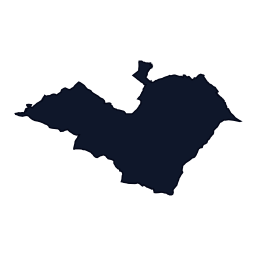 Cata, Brasov, Romania
{"feature_id": "2599482B43021810170030", "entity_name": "Cata", "entity_type": "district", "adm_level": 2, "iso_a3": "ROU", "parent_name": "Romania", "parent_adm1": "Brasov", "projection": "robinson", "projection_center": [25.249, 46.128], "detail": "fine", "context": "isolated", "style": "filled", "palette": "ink", "viewbox_px": 256, "rotation_deg": 0, "n_neighbors": 0, "source": "geoboundaries", "source_scale": "gbopen_adm2", "svg_char_len": 5718}
<svg xmlns="http://www.w3.org/2000/svg" viewBox="0 0 256 256"><path d="M121.4,181.6L122.6,181.8L123.2,182.1L125.4,182.5L126.1,182.5L127.3,182.9L128.9,183.2L135.1,183.4L136.7,183.1L137.2,182.5L138.1,183.0L139.3,183.3L142.3,185.8L142.7,185.9L143.5,184.8L145.4,185.8L147.0,187.0L149.1,187.4L149.3,188.0L150.4,187.9L150.7,188.4L151.4,188.5L151.5,188.9L152.7,188.9L153.1,188.7L153.9,189.7L153.8,190.4L154.0,190.9L154.3,192.4L155.8,192.6L159.0,192.4L160.9,192.1L162.7,192.2L164.6,192.8L166.6,193.0L167.6,193.9L168.4,194.1L169.6,194.7L171.4,194.7L171.8,194.6L172.6,194.1L173.1,192.6L172.9,190.1L173.1,189.4L176.7,185.1L177.4,182.6L178.6,179.6L178.8,178.4L180.0,176.4L181.0,174.5L182.3,172.9L182.6,172.2L181.9,170.9L182.1,168.3L182.3,167.9L182.5,166.2L182.8,165.3L184.0,164.3L185.6,162.6L189.3,160.2L192.5,157.6L193.1,157.6L194.5,157.0L195.9,155.0L196.5,153.5L197.0,152.7L198.4,149.0L200.0,147.8L202.1,147.4L202.5,145.9L203.1,144.8L203.6,144.3L205.5,143.5L206.8,142.6L207.5,140.3L209.3,138.8L210.1,137.2L211.7,135.4L211.9,134.9L212.9,134.2L213.4,132.9L213.5,130.4L215.7,128.1L217.2,126.8L219.8,122.3L221.4,121.6L223.3,120.3L223.8,119.8L225.0,120.0L228.6,119.5L233.8,120.1L239.9,121.4L240.6,121.2L238.9,120.3L235.2,117.9L233.2,115.5L230.7,113.3L228.8,109.9L228.5,109.2L228.1,108.8L227.0,108.9L226.7,108.2L226.7,107.8L226.5,107.3L226.6,106.8L225.4,104.2L225.3,103.0L225.0,102.6L224.5,102.4L224.1,102.0L224.0,101.3L224.0,100.7L223.8,100.6L223.5,100.1L223.1,99.9L222.9,99.6L222.9,99.3L222.0,98.7L221.7,98.2L221.1,97.6L218.4,95.7L218.8,95.6L216.9,93.7L217.0,93.6L216.1,92.8L218.0,91.7L217.4,90.7L216.3,89.4L215.3,87.8L215.1,87.9L214.6,87.2L214.1,87.4L211.2,84.9L209.3,84.1L207.8,82.4L207.4,82.5L207.1,82.2L206.8,81.3L206.2,80.7L205.1,78.9L203.5,76.8L203.9,75.5L203.5,75.2L201.7,74.8L200.8,74.4L199.0,75.1L197.5,76.5L196.3,78.2L194.7,77.9L194.2,78.1L194.1,78.8L192.1,79.9L191.2,79.1L190.1,77.8L189.3,77.3L189.3,76.9L188.8,76.6L187.7,76.9L187.5,77.1L187.5,77.3L187.2,77.6L184.9,75.3L184.6,75.6L184.2,75.3L183.5,75.2L182.9,77.5L181.3,76.5L179.3,76.6L174.9,75.2L173.3,75.3L171.3,75.9L170.3,75.9L169.7,75.6L167.9,76.5L165.5,77.2L163.3,78.1L162.3,78.8L161.6,78.8L158.7,79.5L156.5,80.7L155.7,80.7L153.6,82.3L153.0,82.4L151.9,82.3L151.4,82.4L151.1,82.0L151.0,81.0L149.9,81.6L149.3,80.9L148.6,80.4L146.0,77.8L145.8,77.3L146.0,76.5L146.4,75.9L146.7,75.7L146.7,75.4L147.1,74.5L147.2,73.8L147.0,73.5L147.1,72.9L147.3,72.2L148.0,71.6L148.2,71.1L148.2,70.5L148.7,70.4L149.4,69.3L149.7,68.6L150.5,68.3L151.1,67.8L151.7,67.7L152.0,66.9L151.7,67.0L151.6,66.6L152.0,66.2L151.8,66.1L151.9,65.7L151.6,65.3L151.8,65.2L152.0,65.4L152.0,65.1L151.8,64.9L152.1,64.9L151.4,64.6L151.2,64.7L151.3,64.5L151.0,64.5L151.2,64.3L150.7,64.0L150.6,63.7L150.2,63.8L150.3,63.2L149.8,63.4L149.2,63.1L147.8,63.4L147.5,63.1L145.5,63.1L144.6,62.5L142.9,62.3L141.8,61.3L139.2,61.3L139.0,62.8L139.1,63.0L139.2,66.2L138.9,69.0L138.9,70.6L137.9,71.6L133.0,75.4L136.2,77.8L137.9,79.3L139.9,80.6L140.5,81.4L143.4,83.1L143.9,84.2L144.6,84.6L145.8,84.8L145.1,85.8L144.3,87.6L143.4,88.8L143.2,89.8L143.3,90.8L142.2,92.3L142.3,92.6L141.8,93.0L141.7,93.6L140.8,95.0L140.5,96.0L139.1,97.3L137.8,98.9L139.2,99.3L140.7,100.2L141.1,101.5L140.9,103.7L139.9,105.3L139.5,105.6L139.2,106.5L137.0,109.6L135.0,111.3L133.6,112.8L132.3,113.9L131.4,114.0L126.4,114.0L125.8,114.1L125.2,113.0L124.2,111.8L123.6,111.4L118.8,110.1L117.1,110.0L116.1,109.2L115.6,109.2L113.5,108.4L113.0,107.9L112.3,106.7L112.0,105.9L111.4,105.4L110.9,105.1L110.6,104.7L110.5,104.4L110.7,103.7L110.2,103.5L110.0,103.2L108.9,103.1L106.2,103.5L104.4,103.4L104.6,102.3L104.3,100.9L102.8,99.2L101.4,98.5L100.6,98.5L100.4,98.2L100.2,98.3L99.9,97.8L99.1,97.3L98.6,96.6L93.1,93.3L91.8,92.3L91.4,92.0L91.3,91.4L90.7,90.8L89.5,90.1L88.2,89.7L87.0,89.0L85.3,87.1L84.4,85.8L83.0,84.7L79.8,82.6L78.7,82.2L75.1,85.5L73.6,87.5L71.4,88.7L70.6,89.5L69.6,89.7L68.2,89.5L65.3,88.1L64.2,88.4L61.7,89.9L60.9,92.3L58.3,93.9L57.4,94.7L56.3,95.3L55.7,94.6L53.9,94.2L52.2,94.5L49.9,95.8L47.8,95.9L46.6,96.3L45.9,96.2L44.7,95.5L44.5,96.1L44.5,96.3L44.2,96.5L44.3,96.7L44.2,96.9L43.9,96.9L43.7,97.2L43.8,97.3L43.7,97.6L43.3,97.6L43.0,98.5L42.7,98.8L42.8,99.1L42.5,99.2L42.5,99.4L42.4,99.4L42.4,99.7L42.0,100.0L42.2,100.4L41.9,100.7L40.8,101.1L39.3,102.2L37.1,103.4L35.7,104.7L33.6,106.3L32.8,107.2L32.7,107.7L31.9,107.6L30.0,106.9L30.7,106.1L31.3,104.8L28.8,104.5L26.9,104.7L26.8,105.2L27.0,105.7L27.4,106.0L27.8,106.5L28.4,106.7L28.3,107.0L27.7,108.4L26.3,108.6L25.8,109.0L25.5,109.8L26.3,110.1L26.5,110.5L26.4,111.0L25.9,111.4L24.9,111.2L24.2,113.0L22.1,112.7L20.9,113.0L18.3,112.9L17.4,113.3L15.4,113.6L15.7,114.3L17.1,114.6L19.0,115.5L22.5,116.1L25.0,115.5L26.9,115.3L27.6,115.5L29.1,116.2L29.6,117.0L31.2,118.4L32.7,119.4L34.9,120.4L37.7,120.9L40.3,121.6L43.1,122.7L45.3,123.9L46.8,124.3L47.8,125.0L49.0,126.2L49.5,127.3L49.9,127.5L52.0,128.0L58.2,128.7L59.4,129.6L60.6,131.3L62.2,131.1L63.1,131.1L64.6,130.2L67.8,129.4L68.0,129.8L69.2,130.7L69.4,131.2L71.7,132.6L73.8,134.1L76.4,134.9L78.3,134.9L79.0,134.6L79.5,134.7L79.1,135.8L78.0,136.7L77.7,137.9L76.4,139.5L75.3,141.4L75.0,143.8L73.9,148.2L73.9,149.0L74.7,149.0L75.3,148.6L80.3,148.7L81.9,148.9L83.2,149.5L84.2,149.4L86.0,149.9L91.2,152.3L91.8,153.2L93.0,154.2L94.0,155.7L95.5,157.0L96.4,157.3L97.3,157.4L99.9,155.8L102.1,155.2L102.6,154.9L103.8,154.8L105.6,155.6L106.4,156.5L106.7,157.1L107.7,157.8L107.7,158.1L108.3,158.4L108.4,158.7L109.0,158.6L109.7,159.0L111.7,159.3L112.0,159.6L113.4,160.2L114.0,160.8L114.1,161.2L114.0,161.7L114.2,162.6L114.0,162.8L114.1,163.4L115.4,165.5L115.5,165.9L116.1,166.8L118.1,168.7L119.6,169.2L119.8,169.9L119.8,170.8L120.5,170.9L122.4,172.0L123.0,174.3L122.4,175.8L122.1,179.4L121.4,181.6Z" fill="#0f172a" stroke="#020617" stroke-width="1.5"/></svg>